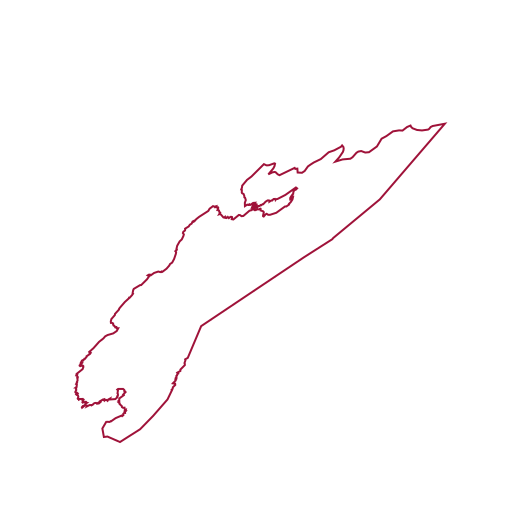 Skånland nor, Troms, Norway (Robinson projection), rotated 323°
{"feature_id": "86288312B73235006037434", "entity_name": "Skånland nor", "entity_type": "district", "adm_level": 2, "iso_a3": "NOR", "parent_name": "Norway", "parent_adm1": "Troms", "projection": "robinson", "projection_center": [16.957, 68.61], "detail": "fine", "context": "isolated", "style": "outline", "palette": "rose", "viewbox_px": 512, "rotation_deg": 323, "n_neighbors": 0, "source": "geoboundaries", "source_scale": "gbopen_adm2", "svg_char_len": 5988}
<svg xmlns="http://www.w3.org/2000/svg" viewBox="0 0 512 512"><g transform="rotate(323 256 256)"><path d="M28.7,310.8L35.4,322.7L59.2,324.6L77.6,321.8L99.0,317.3L108.3,312.5L108.2,312.1L109.6,311.8L110.6,310.8L113.9,310.4L114.5,309.4L113.5,308.3L114.4,308.4L114.6,307.9L113.7,308.1L113.4,307.6L116.9,307.1L117.4,306.7L117.2,306.2L117.5,305.9L118.6,306.1L119.1,305.5L118.8,305.0L119.8,304.7L120.1,303.9L121.2,303.8L121.9,303.0L123.2,303.1L123.4,302.5L123.1,302.4L123.0,301.8L126.4,302.3L127.3,301.2L133.5,300.3L134.3,299.2L134.4,298.5L136.8,296.9L137.2,295.9L140.2,296.3L170.0,279.0L293.7,285.9L327.0,288.5L328.5,288.1L388.9,285.3L486.4,264.0L475.3,258.5L473.1,258.1L470.8,258.7L469.5,258.6L464.1,255.6L460.4,252.2L457.9,248.2L457.6,246.2L457.9,244.8L454.3,243.9L448.5,244.0L445.9,241.8L440.4,238.9L432.2,238.7L426.9,237.9L418.5,241.3L408.7,241.1L405.5,239.1L403.2,235.5L400.6,234.2L398.4,234.0L392.6,235.2L389.9,235.1L383.3,231.0L376.2,228.4L381.8,227.3L388.0,225.2L389.6,224.1L390.8,222.8L391.4,221.5L391.3,219.5L389.6,219.9L382.1,218.7L376.5,216.9L366.1,217.6L358.5,216.1L354.6,215.8L351.4,215.7L346.0,217.4L342.8,217.2L339.5,214.4L341.6,211.1L339.8,210.1L339.9,208.9L323.4,205.6L322.5,203.8L322.1,201.0L321.6,200.2L319.5,199.1L315.0,198.2L322.5,196.5L324.8,195.4L326.8,193.7L326.4,193.0L321.2,191.4L319.7,190.5L318.9,189.9L317.6,187.4L300.2,189.8L294.7,189.8L287.3,191.5L286.1,192.8L284.7,193.7L284.9,193.8L284.3,194.4L284.4,194.8L282.8,196.8L282.7,197.5L283.4,199.0L282.8,201.0L282.0,202.2L282.3,203.0L281.5,205.2L279.1,206.8L277.2,209.5L279.9,209.7L281.0,210.6L282.7,210.9L281.5,211.3L282.2,211.8L285.7,211.9L287.1,212.8L284.3,213.4L282.4,214.6L283.3,214.7L285.1,213.9L288.0,214.5L287.0,214.7L286.8,215.0L287.4,215.4L287.0,215.8L285.2,217.0L285.8,218.1L288.0,217.5L289.0,218.2L290.4,218.1L290.7,218.6L292.5,218.6L292.9,219.0L296.3,218.4L298.8,218.6L299.8,219.4L299.7,219.9L300.0,220.2L299.5,220.7L301.8,220.9L302.2,221.4L304.3,221.1L305.3,221.7L305.2,221.9L305.7,222.5L305.5,222.9L306.2,222.7L307.5,223.4L316.2,224.9L329.1,225.3L329.3,225.9L328.4,226.2L329.0,226.8L328.0,227.0L326.2,226.6L324.7,227.1L323.0,228.8L322.0,228.8L321.8,229.4L320.2,229.4L318.2,230.3L317.5,231.3L318.4,231.5L319.1,231.2L318.4,232.0L319.1,232.3L320.3,231.1L320.9,231.3L319.1,232.8L316.1,233.9L313.7,234.2L313.4,234.8L310.0,234.7L309.0,233.9L298.2,233.7L291.9,231.5L290.5,230.4L289.9,228.7L288.7,228.5L285.9,229.1L285.6,228.5L285.9,228.0L288.6,225.7L288.6,224.6L287.1,222.4L288.1,221.0L287.9,220.7L286.3,220.5L284.8,219.3L283.4,219.2L282.4,218.5L282.3,218.0L283.7,217.4L284.5,215.9L285.5,215.7L285.4,215.5L283.0,215.6L280.2,216.8L278.1,215.9L270.0,216.4L268.4,215.5L267.9,213.8L267.0,212.9L259.9,213.2L258.8,212.0L260.1,210.9L260.3,210.5L259.8,209.8L259.2,209.4L257.1,209.4L257.0,208.0L256.5,208.2L256.1,207.6L255.1,207.8L254.4,207.0L254.8,206.1L253.7,206.2L253.2,205.6L252.9,201.4L252.6,200.8L251.7,200.5L253.5,199.7L253.2,198.8L253.8,197.4L253.4,197.0L253.5,196.2L253.1,196.0L254.8,194.9L254.9,194.4L254.1,194.2L254.3,193.2L252.6,192.4L252.7,192.0L253.3,191.9L252.4,191.5L251.7,190.3L247.4,190.3L245.0,191.3L234.2,190.5L230.5,190.6L227.6,191.2L227.0,191.1L227.7,190.6L226.1,190.3L224.1,191.4L222.0,191.2L220.0,191.9L215.8,191.5L215.3,192.4L214.6,192.9L212.6,192.9L211.4,193.7L211.4,195.3L210.1,196.3L206.7,198.1L203.8,198.4L199.2,200.4L196.1,203.0L196.5,202.9L196.7,203.2L196.5,203.4L194.5,203.6L194.5,204.9L193.2,206.1L188.8,209.1L185.1,210.8L182.4,210.7L181.1,211.4L176.9,212.3L171.6,212.3L170.4,211.8L172.1,211.7L169.9,211.3L168.6,209.6L164.4,208.2L160.1,208.1L159.5,207.3L159.9,207.0L159.7,206.8L159.2,207.0L159.0,206.9L159.4,206.6L159.1,206.4L157.9,206.3L158.5,207.5L158.3,207.9L155.0,209.0L146.8,210.1L145.9,209.5L138.6,208.7L137.3,209.4L135.0,211.5L135.1,212.1L133.2,212.7L129.9,213.3L129.5,212.9L128.9,213.3L123.6,213.8L117.5,215.1L115.0,215.7L114.4,216.3L108.5,217.4L107.8,218.2L102.6,219.3L100.7,220.8L99.9,222.1L100.8,222.8L101.3,223.9L100.6,224.8L100.4,225.9L100.9,226.4L100.7,228.1L101.4,228.5L101.0,228.8L101.6,229.4L101.4,230.0L102.5,230.8L99.6,232.1L95.4,231.9L89.9,229.8L87.2,229.4L84.5,230.0L79.1,230.1L70.7,231.8L65.4,232.2L65.6,232.8L65.0,233.0L65.6,233.9L64.5,234.3L60.4,234.1L60.2,234.5L57.5,235.2L57.1,234.8L55.4,235.4L54.8,234.8L54.0,234.8L52.1,235.7L52.8,236.2L52.0,236.5L52.3,236.8L50.1,237.1L50.3,237.7L49.2,237.7L49.3,238.2L51.6,239.0L51.8,239.8L51.4,240.1L51.4,240.7L49.4,242.0L41.7,242.2L41.2,242.7L41.5,243.2L40.7,243.4L41.1,243.9L40.8,244.9L40.3,245.3L40.7,245.6L40.4,246.0L39.7,246.3L38.5,248.1L37.0,248.9L37.0,249.3L35.3,250.0L35.7,250.7L33.9,252.6L32.7,252.6L33.2,253.1L32.1,253.9L31.9,254.8L30.1,255.7L30.1,256.1L29.7,256.3L29.8,257.1L30.7,257.4L30.9,258.4L29.1,258.4L29.2,259.0L30.0,259.2L29.9,260.1L29.4,261.5L27.8,262.6L27.8,263.1L28.8,263.8L28.4,264.2L29.7,264.5L31.6,265.9L31.4,266.3L31.6,266.6L30.9,266.9L31.3,267.3L30.5,267.6L30.5,268.1L29.4,268.3L29.4,268.8L30.2,268.9L30.8,269.6L32.0,269.8L32.5,270.2L32.4,271.1L32.7,271.5L31.2,271.4L29.3,272.2L27.5,271.6L25.9,272.0L25.8,272.5L29.2,272.4L30.9,273.6L31.2,274.2L30.7,274.4L33.4,274.9L34.8,275.9L33.9,276.1L36.1,276.5L37.5,276.2L38.7,276.4L39.8,277.0L40.5,278.1L41.4,278.2L40.7,278.6L41.8,279.2L44.2,279.0L44.2,278.1L47.4,278.5L47.4,279.1L48.3,279.1L48.1,280.1L48.7,279.9L48.6,280.3L50.0,281.0L50.3,282.3L51.6,281.7L53.6,282.0L52.7,282.5L57.5,285.6L60.0,285.4L60.7,285.1L60.7,284.5L62.0,284.1L62.7,283.0L62.7,282.4L64.9,280.2L64.8,279.2L65.9,279.2L69.8,282.1L70.2,283.6L69.7,284.4L69.9,285.1L69.4,285.3L69.8,286.2L66.7,286.7L66.9,287.3L67.6,287.6L61.1,287.5L59.8,289.1L59.0,288.9L58.6,289.5L59.3,289.9L58.8,290.6L58.2,290.3L58.4,291.7L58.0,292.1L58.5,295.2L58.0,296.0L58.4,297.1L59.7,298.0L59.1,298.9L59.0,300.2L59.6,300.4L58.8,301.1L58.4,300.5L58.0,300.5L57.6,300.9L58.4,301.5L57.5,301.7L57.0,302.5L56.4,302.0L55.1,302.1L54.3,303.3L52.8,303.3L52.8,302.6L46.3,301.0L40.7,300.8L40.6,300.5L39.2,300.4L36.7,298.3L37.1,298.1L29.5,301.3L25.6,309.0L28.7,310.8Z" fill="none" stroke="#9f1239" stroke-width="2"/></g></svg>